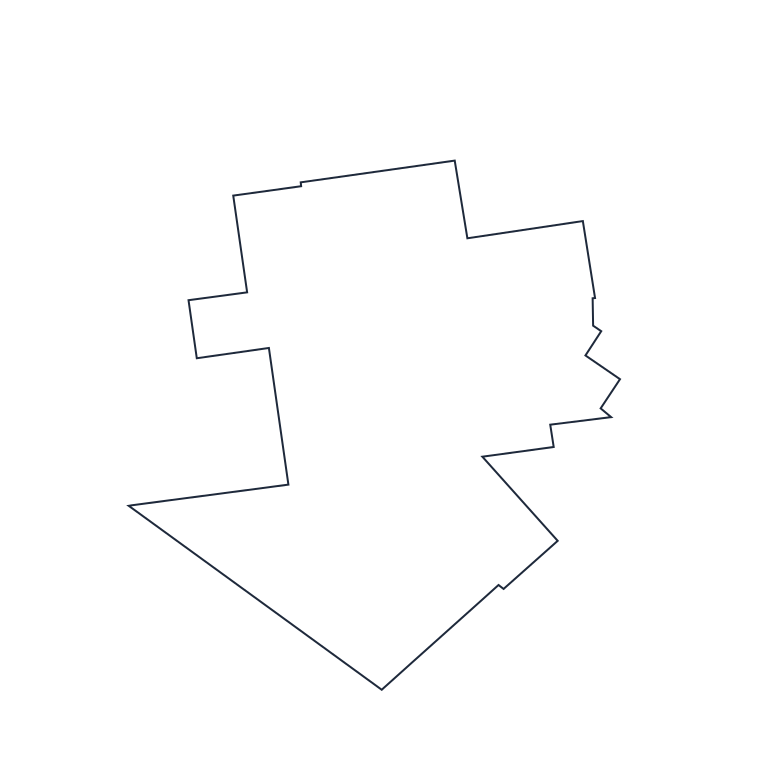 outline of General Pinto, Buenos Aires, Argentina, rotated 216°
{"feature_id": "61730980B27788441407365", "entity_name": "General Pinto", "entity_type": "district", "adm_level": 2, "iso_a3": "ARG", "parent_name": "Argentina", "parent_adm1": "Buenos Aires", "projection": "robinson", "projection_center": [-62.056, -34.684], "detail": "fine", "context": "isolated", "style": "outline", "palette": "slate", "viewbox_px": 768, "rotation_deg": 216, "n_neighbors": 0, "source": "geoboundaries", "source_scale": "gbopen_adm2", "svg_char_len": 634}
<svg xmlns="http://www.w3.org/2000/svg" viewBox="0 0 768 768"><g transform="rotate(216 384 384)"><path d="M591.4,336.9L550.6,294.8L498.3,345.5L402.2,246.4L490.8,162.3L517.1,137.3L518.0,136.3L518.9,135.4L518.0,135.4L515.2,135.4L346.6,135.4L206.9,135.3L206.1,135.3L205.8,136.7L205.7,137.4L197.7,174.8L179.3,260.1L173.2,288.7L166.8,288.5L151.3,359.2L261.7,383.0L209.7,432.8L225.6,448.8L180.8,490.7L194.4,491.6L195.9,526.6L237.8,525.5L239.3,554.4L249.1,554.1L265.6,576.0L263.8,577.6L318.9,632.7L402.2,550.9L458.1,606.3L569.9,498.2L567.3,495.3L616.7,447.8L548.6,377.7L591.4,336.9Z" fill="none" stroke="#1e293b" stroke-width="2"/></g></svg>